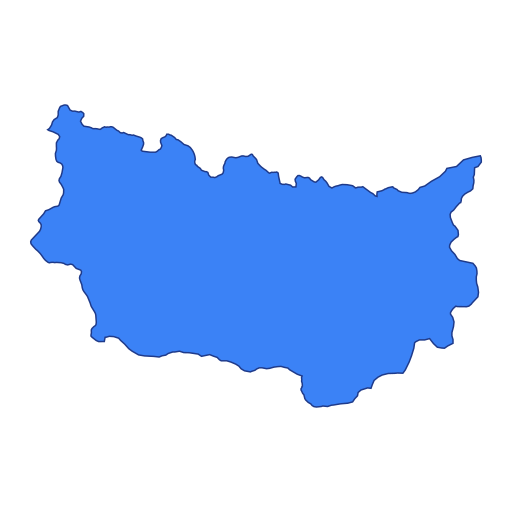 outline of Kurtoe, Lhuntshi, Bhutan
{"feature_id": "84629894B57016809532633", "entity_name": "Kurtoe", "entity_type": "district", "adm_level": 2, "iso_a3": "BTN", "parent_name": "Bhutan", "parent_adm1": "Lhuntshi", "projection": "robinson", "projection_center": [90.998, 27.926], "detail": "fine", "context": "isolated", "style": "filled", "palette": "blue", "viewbox_px": 512, "rotation_deg": 0, "n_neighbors": 0, "source": "geoboundaries", "source_scale": "gbopen_adm2", "svg_char_len": 5988}
<svg xmlns="http://www.w3.org/2000/svg" viewBox="0 0 512 512"><path d="M91.4,332.9L91.0,335.0L91.0,336.1L92.0,337.2L96.2,340.5L98.7,341.6L104.3,341.5L105.1,337.3L106.6,337.1L109.3,336.3L113.8,336.6L118.7,338.2L120.6,340.4L124.7,344.1L128.8,348.7L132.0,351.1L138.6,354.9L144.5,355.9L153.9,356.4L159.2,357.0L162.0,355.8L165.8,355.1L168.1,353.5L172.7,352.0L174.7,352.0L179.5,351.2L183.8,352.6L189.1,352.7L198.2,354.1L201.5,356.3L209.7,354.6L213.6,356.2L217.2,357.4L219.5,359.8L221.2,360.8L226.8,360.8L231.0,362.1L235.7,364.1L238.9,366.1L241.1,368.8L244.5,370.8L250.4,371.9L251.7,371.3L254.9,370.3L256.6,369.0L259.3,367.8L262.1,367.8L266.6,368.7L269.7,368.3L274.0,367.1L277.8,366.6L281.0,366.4L284.6,367.4L287.8,368.0L289.7,369.8L297.2,374.2L302.1,376.0L301.5,377.8L301.8,379.3L301.6,381.0L301.7,381.7L302.2,383.1L302.4,386.1L301.9,386.7L301.9,387.3L301.0,388.9L301.1,390.2L301.5,390.8L302.7,393.4L303.9,394.8L304.8,398.5L305.6,399.9L308.2,402.4L310.8,403.9L312.1,405.5L313.9,406.6L316.4,407.0L321.3,406.5L322.8,406.0L327.6,406.5L331.4,405.2L333.6,405.0L340.6,403.8L347.8,403.2L352.6,401.9L354.7,398.8L357.5,395.8L358.1,392.5L361.0,390.0L367.6,387.9L371.0,388.3L372.3,384.6L374.1,380.4L378.1,377.1L382.2,375.0L388.1,373.5L394.7,373.3L397.6,373.0L402.9,373.2L405.3,369.9L409.2,361.9L411.5,355.8L413.8,348.3L414.6,342.8L415.6,341.8L419.4,339.9L424.7,339.9L429.6,338.6L433.5,343.6L437.3,347.2L441.6,348.0L444.5,348.2L447.8,345.9L453.0,343.3L453.0,339.6L451.9,335.8L451.9,332.6L453.5,326.5L454.0,321.9L452.7,317.4L450.5,314.1L450.5,312.7L451.5,310.8L453.2,308.5L455.8,306.2L457.4,306.6L466.6,306.7L468.9,306.1L471.3,304.1L472.2,302.9L477.9,296.8L478.5,292.4L477.8,287.0L476.6,283.3L476.3,280.0L476.3,276.8L477.0,273.7L476.9,271.0L476.4,268.0L475.3,266.1L472.9,263.3L459.7,260.5L457.4,258.6L454.9,254.4L451.5,250.8L449.5,247.2L449.7,245.0L451.1,242.1L454.0,239.3L456.4,237.4L457.9,236.6L458.4,234.6L458.0,230.4L455.0,226.2L453.5,225.1L452.4,222.8L450.4,217.6L450.1,214.4L451.0,212.2L453.7,210.0L456.4,206.5L459.6,203.0L460.7,202.6L461.2,200.8L461.4,198.5L462.5,196.3L464.7,194.1L467.6,192.3L470.5,190.9L472.8,188.8L473.1,185.8L473.8,182.8L473.9,180.2L473.3,177.1L474.3,174.6L474.6,167.7L478.0,166.5L481.3,162.1L481.3,160.0L481.0,157.5L480.3,155.8L472.2,157.4L463.5,159.9L456.5,166.5L446.9,168.4L445.4,171.3L439.7,176.7L431.4,181.3L424.8,186.0L420.0,187.4L418.3,189.6L415.4,191.9L413.6,192.6L412.2,193.1L410.1,193.4L408.8,193.2L407.0,192.6L401.8,192.3L398.1,190.7L397.0,189.5L393.5,187.8L392.8,186.8L392.3,186.8L388.2,187.7L385.7,188.9L384.6,189.2L383.9,189.8L381.7,190.8L377.2,191.9L376.9,194.2L377.0,196.4L375.2,195.9L372.8,193.6L370.6,192.5L362.8,186.7L361.5,187.1L357.7,187.2L357.0,187.6L355.3,187.9L354.5,187.0L353.8,186.7L352.8,185.8L351.6,185.5L347.0,184.7L342.3,184.5L339.8,185.1L338.1,185.7L336.1,186.1L334.1,186.8L331.9,188.0L329.0,186.4L327.0,182.9L325.7,181.2L324.0,179.7L322.7,177.6L321.7,176.9L320.4,177.4L318.6,179.9L315.8,182.2L314.2,181.9L310.6,179.7L309.5,178.1L308.0,177.4L304.5,177.8L302.5,177.1L300.8,176.1L299.3,175.5L297.9,175.6L296.6,177.0L295.1,179.2L295.3,181.1L296.3,183.4L295.9,186.9L292.6,187.0L290.6,185.2L285.8,184.0L284.6,184.4L282.2,184.3L280.1,183.4L278.6,176.4L278.2,173.4L277.9,172.7L276.7,172.0L275.9,172.3L274.9,172.2L273.6,172.4L271.6,172.3L269.5,173.2L268.5,172.6L266.0,170.3L264.4,169.3L261.6,167.2L260.4,166.1L257.8,163.3L256.6,159.7L255.7,158.5L253.2,156.0L252.4,154.6L251.8,154.2L250.9,154.4L248.1,156.3L245.8,156.5L243.1,155.9L241.5,156.0L238.2,157.3L235.8,157.8L231.7,157.0L229.7,157.2L228.4,157.6L226.8,159.0L226.0,160.2L225.2,161.7L224.9,163.4L224.0,165.1L223.5,166.5L223.3,168.2L223.7,170.2L223.2,172.8L222.0,174.2L218.2,175.7L216.8,176.8L214.8,177.6L213.2,177.2L210.8,177.2L208.7,175.1L207.9,172.5L206.6,171.7L205.0,171.6L201.4,170.2L200.3,168.4L197.3,166.3L196.9,165.4L195.5,164.6L194.8,163.0L194.7,161.1L195.3,159.4L194.9,156.5L194.3,154.3L193.3,151.9L192.4,150.3L190.3,147.5L188.0,145.8L184.0,144.5L180.8,141.7L178.0,139.8L176.3,139.5L174.6,137.5L171.2,135.2L170.1,135.0L168.5,134.2L166.8,134.2L166.2,135.6L165.0,136.8L162.8,137.7L161.2,138.6L160.5,140.5L160.6,142.3L161.9,145.6L161.4,147.2L160.4,149.1L159.1,149.6L157.2,151.3L155.5,152.2L150.2,152.2L142.3,151.2L141.2,150.2L142.7,146.8L143.6,144.1L143.6,142.6L142.9,140.7L142.6,138.9L141.4,137.9L139.9,137.2L136.0,136.0L133.4,135.0L132.2,135.3L130.0,134.7L128.3,134.7L123.6,132.5L122.3,133.0L120.3,132.7L118.5,131.0L116.9,130.3L113.2,127.3L111.8,126.8L110.7,126.7L109.0,127.1L106.9,127.0L106.3,127.3L104.3,126.8L103.8,127.3L102.5,127.7L100.4,129.3L99.3,129.3L97.1,128.8L95.3,128.6L93.8,128.7L92.5,128.5L91.4,127.8L89.1,127.0L83.9,126.2L82.1,124.3L80.5,121.2L81.8,118.3L83.7,116.3L83.8,113.7L82.8,112.6L80.9,111.4L78.9,112.1L74.8,111.1L72.6,111.2L70.1,110.1L67.5,105.5L65.8,105.0L64.2,105.0L60.5,106.4L59.7,107.6L58.2,111.3L58.2,115.1L57.3,117.6L54.1,119.6L52.5,121.9L51.6,125.0L49.4,128.5L47.7,129.7L49.0,130.5L53.0,131.8L58.3,134.4L59.7,136.6L59.2,138.7L58.0,139.9L57.1,141.5L56.4,142.9L56.4,146.3L56.5,148.3L56.4,150.4L55.4,153.5L55.5,156.1L56.0,159.4L56.8,161.3L58.1,162.3L60.1,162.9L61.8,164.1L62.7,165.9L62.9,167.5L62.0,172.7L60.9,176.4L59.4,178.7L59.0,180.5L59.5,182.1L61.3,184.5L63.0,187.7L63.7,189.4L63.6,192.9L63.2,194.7L61.2,198.1L59.1,205.1L57.8,206.2L55.0,206.6L53.3,207.2L48.8,209.7L45.5,210.8L43.7,213.8L38.9,219.1L38.3,220.3L38.8,221.6L40.2,223.0L41.2,224.7L41.2,226.8L40.6,229.2L39.6,231.2L31.3,240.1L30.7,241.8L31.0,243.7L32.5,245.7L35.7,249.2L37.6,250.8L40.3,253.6L41.5,255.2L43.8,258.5L45.5,260.4L48.0,262.3L49.3,262.8L51.0,262.4L53.0,262.3L54.6,262.6L56.5,262.4L61.1,262.7L63.9,263.4L65.5,264.4L67.7,264.9L70.6,264.1L72.6,264.6L76.2,268.4L80.7,270.1L81.5,271.6L81.2,273.8L79.9,276.0L79.5,278.0L80.0,280.0L81.8,284.7L82.3,287.9L82.9,289.8L83.9,291.5L86.5,295.0L87.5,296.5L90.2,303.1L90.7,304.8L91.3,306.5L94.6,311.9L95.4,313.5L95.8,315.1L96.3,322.3L96.0,324.7L95.1,325.8L93.8,326.7L92.0,328.5L91.3,329.9L91.4,332.9Z" fill="#3b82f6" stroke="#1e3a8a" stroke-width="1.5"/></svg>